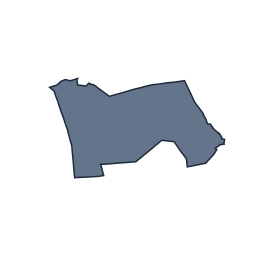 La Pe, Oaxaca, Mexico (orthographic projection), rotated 126°
{"feature_id": "50627088B903406016502", "entity_name": "La Pe", "entity_type": "district", "adm_level": 2, "iso_a3": "MEX", "parent_name": "Mexico", "parent_adm1": "Oaxaca", "projection": "orthographic", "projection_center": [-96.796, 16.623], "detail": "fine", "context": "isolated", "style": "filled", "palette": "slate", "viewbox_px": 256, "rotation_deg": 126, "n_neighbors": 0, "source": "geoboundaries", "source_scale": "gbopen_adm2", "svg_char_len": 2349}
<svg xmlns="http://www.w3.org/2000/svg" viewBox="0 0 256 256"><g transform="rotate(126 128 128)"><path d="M141.6,209.4L144.1,205.9L145.5,204.0L145.5,203.8L146.8,201.9L149.0,198.8L149.9,197.7L150.0,197.6L152.6,193.8L153.7,192.3L157.8,186.2L158.7,184.8L159.5,183.8L160.2,182.9L160.9,181.8L162.1,180.2L164.6,176.4L164.8,176.2L168.4,171.9L173.3,165.8L175.5,163.0L183.3,156.2L186.3,153.5L186.9,153.0L190.2,150.1L191.4,149.2L194.2,146.7L197.3,144.0L199.5,141.9L191.8,132.4L189.8,129.9L187.1,126.6L184.7,123.7L184.3,123.3L180.8,119.7L173.4,128.7L171.3,126.0L170.4,125.0L170.3,124.9L168.9,123.1L166.4,120.1L164.8,118.3L164.4,117.9L163.3,116.6L162.2,115.6L162.1,115.2L161.2,114.2L158.9,111.4L158.2,110.7L157.6,109.9L151.5,102.8L151.3,102.6L150.7,101.8L149.0,101.4L144.2,100.1L142.0,99.5L140.2,99.1L136.1,98.0L131.0,96.7L128.7,96.1L126.1,95.6L123.5,94.8L120.6,94.1L119.9,93.9L118.2,93.4L117.3,92.0L112.1,82.9L112.0,82.7L112.6,80.9L113.2,79.4L114.3,75.9L115.0,74.1L115.9,71.5L116.4,70.1L116.7,68.6L118.7,62.5L122.2,59.4L124.6,57.2L119.8,52.7L110.9,44.5L98.7,43.1L93.3,43.5L93.5,44.5L93.1,45.4L92.2,45.1L89.6,44.3L88.6,44.1L88.3,44.2L88.1,44.2L87.8,44.2L87.9,43.9L87.1,43.3L86.7,42.8L86.3,42.6L84.5,40.7L83.8,41.7L82.8,41.9L80.4,43.2L80.7,44.0L80.8,44.2L81.5,45.2L81.7,45.3L81.7,45.5L81.1,46.1L80.8,46.3L81.0,46.6L80.4,46.9L80.3,47.3L79.8,48.2L80.0,48.4L79.6,48.7L79.3,49.8L78.7,50.6L79.1,50.9L78.8,51.5L79.2,51.9L78.9,52.6L78.8,53.6L78.5,57.1L78.0,59.2L77.7,60.2L77.4,61.0L77.0,62.2L76.4,63.6L77.9,66.0L74.9,70.5L73.1,74.6L72.4,75.0L70.0,82.2L70.0,82.4L69.4,84.7L69.3,84.9L68.4,87.8L68.1,88.5L66.7,91.6L63.8,96.6L56.5,110.1L64.4,118.2L65.2,119.3L65.3,119.4L67.6,122.0L68.8,123.3L70.5,125.0L74.8,129.3L76.3,131.2L77.6,132.6L78.5,133.5L79.1,134.0L79.6,134.5L82.0,136.6L84.2,138.5L87.3,140.9L88.2,141.7L89.8,143.1L92.1,145.0L92.7,145.6L94.9,147.3L95.6,147.8L95.8,148.0L97.0,148.9L97.3,149.1L101.4,152.2L107.9,157.4L110.2,159.2L111.8,160.4L113.3,161.8L113.3,167.6L113.3,172.4L113.3,175.3L113.3,176.5L113.0,178.6L113.2,179.4L113.4,182.0L114.2,183.2L114.5,183.8L114.5,185.1L114.7,186.0L118.8,186.7L120.8,190.6L122.8,194.0L119.5,197.3L117.6,197.8L121.2,200.5L123.1,202.0L123.6,202.6L124.3,203.6L124.5,204.0L124.9,205.7L126.2,207.6L130.1,209.9L131.8,210.1L135.3,210.9L141.1,215.3L141.4,212.4L141.6,209.4Z" fill="#64748b" stroke="#1e293b" stroke-width="1.5"/></g></svg>